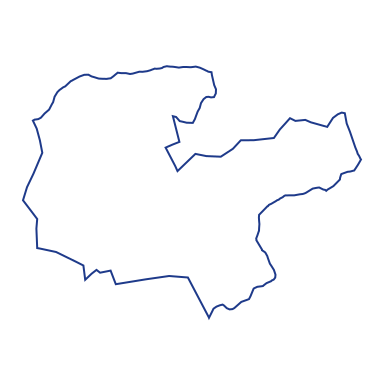 outline of Baroueli, Ségou, Mali
{"feature_id": "8926073B94232083808790", "entity_name": "Baroueli", "entity_type": "district", "adm_level": 2, "iso_a3": "MLI", "parent_name": "Mali", "parent_adm1": "Ségou", "projection": "robinson", "projection_center": [-6.505, 13.036], "detail": "fine", "context": "isolated", "style": "outline", "palette": "blue", "viewbox_px": 384, "rotation_deg": 0, "n_neighbors": 0, "source": "geoboundaries", "source_scale": "gbopen_adm2", "svg_char_len": 3182}
<svg xmlns="http://www.w3.org/2000/svg" viewBox="0 0 384 384"><path d="M234.3,308.1L241.3,301.9L244.9,300.6L246.9,299.9L249.0,299.1L250.5,296.2L253.6,288.7L253.8,288.5L254.1,288.3L257.3,286.8L262.0,286.2L263.0,286.0L263.4,285.6L263.6,285.4L265.9,283.6L266.6,283.1L271.1,281.2L271.7,280.5L272.7,280.1L273.8,279.5L275.2,277.6L275.5,274.8L275.0,273.2L273.9,269.9L271.2,265.6L269.9,263.7L267.8,257.8L267.3,256.1L265.4,252.7L264.8,252.1L262.0,250.2L262.0,249.6L256.6,240.6L256.4,240.3L256.4,239.3L256.4,239.2L256.2,238.7L256.3,238.2L257.4,235.4L258.9,230.9L259.0,230.8L259.1,228.3L259.4,224.1L259.1,220.8L258.9,217.6L259.1,214.8L267.5,206.2L267.9,206.2L268.4,205.6L268.9,204.9L269.9,204.4L270.9,204.0L275.9,201.1L277.2,200.2L278.7,199.7L279.0,199.4L280.1,198.5L282.7,197.2L284.1,196.0L285.3,195.4L294.4,195.3L299.9,194.3L300.8,194.2L302.7,194.0L304.0,193.6L305.1,193.2L306.1,192.7L310.6,189.9L312.7,188.6L315.7,188.0L317.4,187.7L319.2,187.5L323.2,189.5L324.1,189.7L325.2,189.9L326.1,190.7L326.2,190.8L327.7,189.5L330.1,188.1L333.4,186.1L339.9,179.5L340.1,177.8L341.2,174.2L341.6,173.9L342.4,173.7L343.1,173.4L347.6,171.8L349.7,171.6L350.8,171.4L352.2,171.0L352.5,170.9L354.2,170.5L357.7,165.2L359.0,163.0L361.0,159.5L360.5,158.8L359.1,155.9L357.7,153.8L357.0,151.5L355.3,147.4L349.9,131.6L346.7,123.5L344.8,113.2L341.7,112.6L337.8,114.3L333.0,117.9L327.2,126.9L310.8,122.3L305.3,119.9L295.4,120.9L290.0,118.2L285.0,123.8L279.9,129.4L273.9,138.0L253.8,140.2L240.8,140.3L232.9,148.8L220.8,156.7L206.4,156.1L195.4,153.9L177.5,171.1L175.2,166.0L165.6,147.6L172.5,144.6L179.4,141.9L172.9,116.2L176.1,117.0L178.3,119.5L179.7,121.1L182.5,121.7L186.6,122.7L192.8,122.9L194.9,119.1L196.2,115.5L197.7,111.5L199.7,108.0L201.0,103.1L203.6,99.1L206.3,97.0L208.6,96.8L211.0,97.4L214.0,97.1L214.8,95.4L215.8,93.5L216.0,89.3L214.2,85.1L211.9,75.0L211.5,72.2L208.3,71.7L206.9,70.9L206.3,70.7L203.7,69.4L199.9,67.7L195.8,66.6L191.0,67.2L189.9,67.2L188.4,67.1L186.5,67.0L183.1,67.0L178.9,67.6L176.3,67.2L173.5,66.8L172.2,66.7L171.1,66.7L169.1,66.5L168.1,66.4L166.9,66.2L165.6,66.5L163.5,67.0L162.0,68.0L159.9,68.5L157.7,68.7L156.4,68.8L154.7,68.6L153.5,69.1L152.3,69.5L150.8,70.1L150.3,70.3L147.1,71.2L142.5,71.8L139.4,71.7L138.3,72.0L136.2,72.6L132.7,73.6L130.0,74.0L128.2,73.6L125.8,73.1L124.3,73.1L121.8,73.1L121.0,73.1L117.6,72.7L116.9,73.4L115.6,74.4L113.5,76.2L110.7,78.3L107.6,78.7L106.9,78.9L104.1,78.8L102.9,78.8L100.8,78.7L99.0,78.6L98.1,78.4L94.3,77.2L91.5,76.4L88.4,74.7L84.3,74.8L79.6,76.5L72.8,80.1L72.4,80.4L70.7,81.2L70.4,81.5L65.2,86.4L63.2,87.3L60.5,89.3L59.6,89.9L57.4,92.1L54.6,96.7L53.1,102.2L51.9,104.2L49.1,109.6L47.5,111.0L44.6,113.5L43.9,114.3L40.9,117.7L38.3,119.1L35.7,119.5L34.7,119.6L32.9,120.6L36.7,128.6L39.9,140.4L42.3,152.8L33.5,173.6L27.0,187.2L23.0,200.3L27.5,206.2L37.2,219.0L36.4,228.6L37.2,248.1L39.7,248.5L56.1,252.0L76.7,262.1L83.4,265.5L85.2,279.8L91.6,273.7L96.5,269.9L100.1,272.7L110.6,270.6L115.8,284.2L146.0,279.3L169.1,276.0L187.9,277.5L208.8,317.3L209.0,317.8L211.1,313.6L212.2,311.4L212.3,311.2L213.5,308.7L216.5,306.6L219.8,305.3L222.6,304.6L224.0,305.5L226.8,308.2L229.6,309.4L232.5,309.1L234.3,308.1Z" fill="none" stroke="#1e3a8a" stroke-width="2"/></svg>